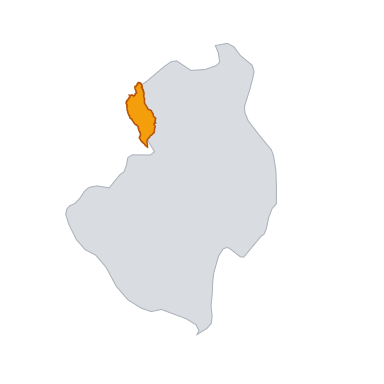 Gisagara, Southern, Rwanda shown in context, rotated 145°
{"feature_id": "39286606B87181547360532", "entity_name": "Gisagara", "entity_type": "district", "adm_level": 2, "iso_a3": "RWA", "parent_name": "Rwanda", "parent_adm1": "Southern", "projection": "robinson", "projection_center": [29.795, -2.608], "detail": "fine", "context": "in_parent", "style": "filled", "palette": "amber", "viewbox_px": 384, "rotation_deg": 145, "n_neighbors": 0, "source": "geoboundaries", "source_scale": "gbopen_adm2", "svg_char_len": 6320}
<svg xmlns="http://www.w3.org/2000/svg" viewBox="0 0 384 384"><g transform="rotate(145 192 192)"><path d="M156.9,116.2L160.9,116.1L187.0,109.0L189.6,111.2L193.8,124.9L196.0,126.9L199.6,127.4L206.9,124.3L220.3,113.5L226.2,107.0L233.1,97.9L241.9,87.6L246.8,78.6L251.6,73.3L257.9,71.7L264.9,72.1L269.7,72.3L265.8,74.4L264.9,81.0L269.5,91.6L284.5,113.4L294.0,117.4L300.2,125.9L306.3,140.2L308.1,158.1L305.6,179.6L307.1,195.5L312.6,206.0L314.0,219.6L311.4,236.3L308.2,246.3L304.5,249.7L300.2,250.9L294.5,249.8L287.4,251.2L279.8,254.3L275.0,254.8L272.0,254.2L266.4,251.5L257.4,242.9L240.8,247.6L236.3,247.5L230.2,251.6L225.3,256.7L222.2,257.0L219.2,256.4L204.9,246.2L199.6,246.5L197.5,275.1L195.1,291.0L192.1,298.1L181.9,304.9L171.6,308.8L165.9,308.6L143.2,310.7L134.4,310.7L129.5,308.4L123.1,292.2L111.1,284.9L99.5,281.6L94.8,282.5L90.6,291.0L88.9,298.6L77.7,293.4L74.4,287.0L74.1,276.1L70.0,261.2L72.2,254.8L76.6,250.7L85.9,242.8L100.0,231.9L103.1,226.7L105.1,218.1L104.2,197.9L102.8,180.9L104.5,174.8L110.9,161.6L119.6,148.2L129.7,133.9L135.8,132.5L143.7,127.2L152.2,119.2L156.9,116.2Z" fill="#d9dde1" stroke="#a8b0b8" stroke-width="1"/><path d="M189.4,262.1L188.8,262.6L188.7,263.0L188.1,263.4L187.9,263.4L187.8,263.7L187.4,264.0L187.0,264.5L186.9,264.8L186.6,265.3L186.3,265.4L185.4,266.0L185.3,266.3L185.0,266.4L184.7,266.8L184.6,267.0L184.4,267.1L184.3,267.4L184.4,268.0L184.5,268.5L184.6,268.9L184.4,269.3L184.1,269.5L183.9,269.7L183.6,269.9L183.0,269.8L182.9,269.6L182.6,269.5L182.4,269.3L182.2,269.3L182.0,269.8L182.1,270.1L182.4,270.5L182.2,270.8L181.8,271.2L181.5,271.3L181.4,271.5L181.0,271.6L180.6,272.1L180.4,272.6L180.2,272.8L180.2,272.7L179.8,272.9L179.4,273.3L179.4,273.7L179.9,274.8L180.0,275.2L180.0,276.0L179.8,277.0L179.5,277.6L179.0,278.2L179.1,279.4L179.0,280.3L179.0,280.8L178.7,281.6L178.7,282.1L178.9,282.6L179.2,282.9L179.4,283.4L180.0,284.3L180.3,284.5L180.5,284.8L180.7,285.4L180.6,285.6L180.3,286.0L180.2,286.4L180.2,286.6L180.2,286.8L180.2,287.2L180.1,287.3L180.2,288.4L180.0,290.0L180.0,290.3L180.0,290.6L179.9,291.1L179.9,291.8L179.7,292.2L179.6,292.4L179.6,292.7L179.0,293.4L179.0,293.6L178.8,294.0L178.4,294.3L178.2,294.7L178.0,294.8L177.6,295.1L177.4,295.4L177.4,295.7L177.3,295.8L177.3,296.3L177.1,297.4L177.0,297.5L176.9,297.6L176.6,298.0L176.3,298.3L176.3,298.5L176.2,298.5L176.0,298.8L175.9,299.2L175.6,299.5L174.9,299.9L174.8,300.2L174.6,300.3L174.7,300.6L174.6,301.5L174.5,301.8L174.3,302.0L174.2,301.9L174.0,302.0L174.2,302.3L174.1,302.5L174.0,302.9L173.8,303.0L173.8,303.6L173.7,303.6L173.4,303.7L173.5,304.0L173.4,304.2L173.3,304.4L173.5,304.6L173.5,304.8L173.5,305.1L173.3,305.3L173.3,305.9L173.2,305.8L173.1,306.1L172.8,306.2L172.7,306.4L172.5,306.7L172.5,307.1L172.4,307.0L172.2,307.2L172.2,307.4L172.0,307.5L172.0,308.0L171.9,308.2L171.7,308.4L171.7,309.1L171.6,309.3L171.6,309.6L171.8,309.5L171.9,309.9L172.0,310.2L172.0,310.5L172.0,310.8L171.9,311.0L172.3,311.1L172.4,311.3L172.3,311.6L172.8,312.3L173.0,312.2L173.6,311.9L173.8,311.8L174.0,312.1L174.3,311.8L174.5,311.8L174.5,312.0L174.9,311.7L175.1,311.8L175.5,311.2L175.9,311.1L176.1,311.2L176.5,311.2L176.9,311.0L177.3,310.6L177.5,310.8L178.0,311.2L178.3,311.1L178.7,310.6L178.8,310.4L179.0,310.2L179.1,309.9L179.2,309.5L179.6,308.9L179.6,308.1L179.7,307.9L179.7,307.6L179.8,307.0L180.1,306.8L180.2,306.6L180.3,306.1L180.1,305.7L180.3,305.3L180.3,305.2L180.6,304.9L180.8,305.1L181.1,305.1L181.3,305.0L181.9,304.9L182.3,305.0L182.6,304.9L182.8,304.5L183.0,304.4L183.1,304.2L183.3,303.9L183.8,303.9L184.0,304.1L184.4,304.1L184.5,304.2L184.8,304.2L184.7,304.4L184.7,304.6L184.9,304.7L185.0,304.9L185.1,305.0L185.2,305.5L185.4,305.9L185.5,305.9L185.5,306.1L185.9,306.2L186.1,306.1L186.4,306.4L186.5,306.4L186.9,306.3L187.2,306.5L187.8,307.1L187.8,306.6L188.0,306.3L187.9,306.2L188.0,306.2L188.4,305.8L188.5,305.8L188.6,305.7L188.7,305.4L188.8,305.5L189.0,305.5L189.2,305.3L189.6,305.3L190.2,305.1L190.4,305.0L190.5,304.6L191.0,304.7L191.3,304.4L191.6,304.2L192.0,304.1L192.5,304.4L193.0,304.3L193.1,304.2L193.4,304.2L193.5,304.1L193.6,303.8L193.8,303.6L193.7,303.5L193.5,303.4L193.5,303.1L193.9,303.1L194.4,302.9L194.5,302.8L194.8,302.9L194.9,302.6L195.2,302.3L195.2,302.1L195.2,301.7L195.3,301.3L195.1,301.0L195.3,300.9L195.3,300.7L195.6,300.6L195.6,300.3L195.8,300.0L196.1,299.8L196.2,299.5L196.2,299.4L196.3,299.4L196.3,299.1L196.4,298.9L196.6,298.5L196.8,298.5L197.0,298.1L197.2,297.9L197.4,297.5L197.6,297.0L197.7,296.9L198.3,296.2L198.3,295.9L198.2,295.7L198.4,295.0L198.8,294.4L199.0,294.1L199.0,293.8L199.1,293.5L199.1,293.2L199.5,292.1L199.5,291.3L199.7,291.1L199.7,290.8L199.5,290.5L199.5,290.1L199.8,289.8L199.9,289.5L200.0,289.4L200.1,289.1L200.4,287.9L200.2,287.4L200.0,287.1L199.7,287.0L199.5,286.7L199.5,286.4L199.7,286.0L199.6,285.7L199.8,285.4L199.7,285.2L199.8,284.9L199.7,284.5L199.8,283.8L199.7,283.4L199.8,283.2L199.7,282.6L199.8,282.5L199.9,282.1L199.8,281.5L199.8,281.3L199.9,281.2L199.9,280.8L199.7,280.4L199.8,280.1L199.6,279.5L199.5,279.4L199.4,279.2L199.1,279.1L199.2,278.9L199.0,278.3L198.9,277.8L198.7,277.5L198.7,277.1L198.7,276.9L198.5,276.7L198.6,276.4L198.7,276.2L199.0,275.9L199.0,275.7L199.2,275.1L199.4,274.9L199.5,274.9L199.5,274.2L200.0,273.6L200.1,273.2L200.2,272.7L200.3,272.3L200.3,272.0L200.3,271.7L200.2,271.3L200.3,271.3L200.4,271.2L200.6,271.0L200.6,270.8L200.7,270.6L200.7,270.4L200.6,270.1L200.8,269.4L201.0,269.2L201.0,268.8L201.3,268.6L201.2,268.3L201.4,268.2L202.1,268.0L202.4,267.4L202.6,267.4L202.8,267.1L203.1,267.2L203.3,267.0L203.6,267.1L203.9,266.8L204.1,266.7L204.2,266.4L204.2,266.2L204.2,265.7L204.3,265.3L204.3,265.1L204.2,264.9L204.1,264.5L204.3,264.0L204.3,263.7L204.4,263.4L204.5,263.2L204.4,262.9L204.3,262.6L204.3,262.4L204.3,262.0L204.1,261.8L204.0,261.6L204.1,261.3L204.2,261.1L204.0,260.6L203.8,260.4L203.9,260.1L203.7,259.9L203.6,259.7L203.6,259.4L203.5,258.9L203.5,258.7L203.5,258.4L203.4,258.2L203.5,258.0L203.4,257.8L203.5,257.6L203.4,257.4L203.4,257.1L203.5,256.7L203.4,256.4L203.2,255.6L203.0,255.2L202.7,254.3L202.3,254.9L201.1,256.8L200.5,258.3L200.1,259.1L199.4,259.9L199.1,260.2L198.8,260.4L198.2,260.5L197.4,260.8L196.2,261.3L195.3,261.2L195.2,261.2L194.7,261.6L194.1,261.9L193.1,261.9L192.1,261.8L191.6,262.0L191.4,262.0L191.1,262.2L190.8,262.2L190.2,262.4L189.6,262.1L189.4,262.1Z" fill="#f59e0b" stroke="#b45309" stroke-width="1.5"/></g></svg>